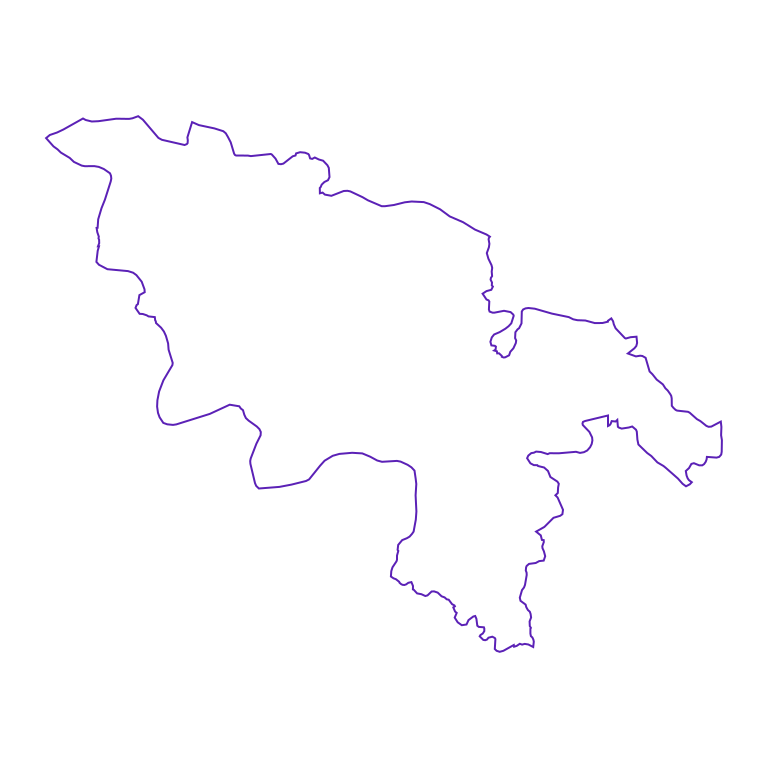 the district of Oubritenga, Oubritenga, Burkina Faso
{"feature_id": "67063806B42476727458569", "entity_name": "Oubritenga", "entity_type": "district", "adm_level": 2, "iso_a3": "BFA", "parent_name": "Burkina Faso", "parent_adm1": "Oubritenga", "projection": "albers", "projection_center": [-1.222, 12.597], "detail": "fine", "context": "isolated", "style": "outline", "palette": "violet", "viewbox_px": 768, "rotation_deg": 0, "n_neighbors": 0, "source": "geoboundaries", "source_scale": "gbopen_adm2", "svg_char_len": 6097}
<svg xmlns="http://www.w3.org/2000/svg" viewBox="0 0 768 768"><path d="M533.2,647.0L533.8,641.7L533.4,639.7L532.4,637.5L530.9,636.1L530.4,633.6L530.4,628.7L530.9,627.9L529.8,626.1L529.6,621.4L531.1,617.5L530.6,614.0L529.8,611.7L527.9,610.0L526.3,607.2L525.6,604.6L520.5,600.8L519.8,597.7L522.0,590.1L524.0,587.5L525.0,584.9L526.7,575.0L526.6,572.7L525.8,570.5L526.1,567.3L526.7,565.9L529.0,563.9L535.7,563.0L539.2,561.1L543.7,560.6L545.2,556.2L543.9,551.3L542.5,548.2L542.3,546.2L543.8,542.1L543.7,540.1L541.9,539.9L540.8,535.4L536.1,531.6L544.4,526.9L553.5,517.8L560.2,515.8L562.4,514.2L563.0,509.8L557.6,497.5L555.4,495.3L557.8,493.0L558.1,487.4L558.8,483.8L557.4,481.6L550.4,477.0L548.0,471.0L544.1,467.5L538.0,466.0L537.4,465.2L533.8,465.1L530.4,463.3L527.1,458.2L528.3,455.6L531.3,453.1L533.9,452.7L536.1,451.6L540.9,452.0L547.7,454.1L549.7,453.2L558.6,453.3L576.0,451.8L580.0,452.9L583.9,452.2L587.2,450.5L590.1,447.2L591.7,444.0L592.4,440.5L592.1,437.4L589.4,431.9L582.8,425.0L582.5,423.4L583.0,421.9L585.1,421.0L608.0,415.5L608.0,426.0L609.6,425.2L610.6,423.9L611.7,421.1L615.6,421.5L617.3,419.9L617.9,426.8L618.9,427.6L621.7,428.6L628.8,427.5L632.2,426.5L636.0,429.7L636.8,431.6L637.4,439.6L638.4,444.5L647.2,453.0L651.3,456.0L657.4,462.4L663.5,466.0L665.6,467.7L677.9,478.5L682.6,483.8L686.0,486.3L689.8,484.3L691.8,482.2L689.0,480.2L687.7,478.4L686.6,475.6L685.8,471.0L689.0,468.1L691.4,463.9L693.9,463.2L699.1,465.3L702.3,465.3L704.1,464.1L705.7,461.8L706.6,459.4L706.9,456.9L716.5,457.6L719.2,456.9L721.2,454.6L721.7,451.8L721.9,440.1L721.1,435.2L721.4,426.9L720.8,421.6L711.3,426.6L708.6,426.8L706.4,425.9L700.4,421.1L696.9,419.1L689.7,412.7L688.0,411.8L677.1,410.6L675.6,409.9L673.4,407.8L671.8,405.8L671.7,398.3L671.2,395.8L670.3,394.2L667.7,390.5L665.4,388.3L662.9,384.4L656.7,379.6L652.3,374.1L649.6,371.5L645.6,357.8L642.4,356.0L640.2,355.7L635.9,356.4L627.9,353.5L634.4,348.3L636.3,346.0L637.1,342.9L636.5,336.7L630.5,337.2L625.9,338.5L624.9,338.1L615.6,328.3L613.8,324.3L613.1,321.3L611.3,318.4L607.9,320.8L607.9,321.7L602.5,323.0L594.9,323.1L585.3,320.5L577.4,320.2L573.2,319.3L568.8,317.1L551.9,313.6L534.8,308.7L528.4,308.0L525.5,308.4L523.1,309.5L521.8,311.5L521.5,323.4L519.1,328.2L517.6,329.3L515.4,332.2L515.1,338.1L516.2,340.5L515.8,343.1L513.4,348.3L510.3,351.8L509.1,355.3L505.2,357.3L503.7,357.5L501.8,356.8L501.8,355.9L499.0,353.3L497.2,353.4L496.9,351.3L494.2,350.5L495.6,349.5L495.9,346.6L494.8,345.8L491.4,345.4L490.4,341.8L491.8,337.4L494.1,334.5L499.7,332.1L505.4,328.7L508.6,326.2L511.3,323.3L513.7,315.8L513.3,314.6L510.6,312.1L504.0,310.8L494.2,312.7L492.7,312.7L489.6,311.6L488.9,309.5L489.3,301.5L488.5,300.3L486.5,299.5L482.6,293.7L486.5,291.1L491.3,289.8L492.9,286.6L491.8,285.4L492.0,282.5L490.6,279.7L490.9,277.9L492.1,276.1L491.7,271.5L492.2,267.9L491.5,265.1L488.4,258.7L486.8,253.1L488.9,247.3L489.4,243.8L488.6,239.3L488.9,237.9L489.9,236.7L486.5,234.5L475.0,229.6L463.1,222.2L449.7,216.4L440.1,209.3L429.8,204.1L423.8,202.1L411.6,201.5L404.8,202.3L393.9,205.0L385.0,206.2L381.7,206.2L367.9,200.3L362.6,197.2L350.3,191.4L347.4,190.8L343.7,191.0L331.4,195.8L324.9,194.6L322.6,192.6L319.9,193.3L319.8,188.0L320.7,187.0L321.7,184.6L324.4,182.0L328.0,180.2L329.5,177.1L328.8,167.9L327.4,165.2L323.1,160.7L318.9,159.5L314.8,157.5L312.2,158.9L310.1,158.4L309.1,155.1L308.3,154.0L305.0,152.7L300.1,152.2L296.1,153.4L295.5,155.5L292.7,156.3L283.4,163.6L281.0,164.2L278.4,163.9L275.5,158.6L271.8,154.5L270.8,154.0L250.9,156.1L247.9,155.6L236.0,155.5L234.9,154.9L234.1,153.6L230.7,142.3L227.9,136.9L225.8,133.3L223.3,131.2L214.4,128.4L198.9,125.1L192.1,122.1L187.4,137.4L187.8,140.3L187.6,143.1L186.8,144.1L184.6,145.0L161.9,139.8L158.4,137.9L142.9,119.7L138.2,116.2L132.4,118.3L129.0,118.9L116.3,118.7L98.4,121.2L91.8,121.5L85.7,120.0L83.0,118.5L63.4,129.5L57.1,132.5L49.8,135.0L46.1,138.1L53.5,146.4L57.6,149.4L60.9,152.6L69.7,157.9L73.9,161.9L81.7,165.6L84.9,166.2L94.2,166.1L98.8,166.9L103.8,169.0L110.0,173.3L111.0,175.8L111.3,178.6L110.7,181.5L104.9,199.7L101.5,208.2L98.2,219.3L97.6,227.8L96.6,227.9L97.3,232.2L98.8,236.6L98.5,238.4L99.1,239.7L99.2,243.2L98.0,246.3L99.0,246.3L97.7,250.8L96.4,261.9L99.0,264.8L107.4,269.2L128.0,271.1L133.1,272.7L136.4,275.1L141.7,281.7L144.5,289.3L144.7,292.2L139.4,295.1L137.9,304.1L136.6,305.1L135.5,307.9L139.6,313.8L142.8,314.0L146.7,315.3L148.5,316.4L154.8,317.1L155.2,320.4L155.8,321.3L156.0,323.0L161.1,327.7L163.9,331.5L165.9,335.8L168.1,343.4L168.6,349.7L172.7,362.9L172.4,365.1L163.4,380.3L159.1,391.5L157.4,400.3L157.1,406.6L158.0,412.9L159.6,417.3L163.3,422.9L167.2,424.3L173.0,424.9L176.3,424.4L209.8,413.9L229.7,404.7L239.3,406.3L240.8,408.5L243.0,410.2L244.3,414.7L245.9,418.1L248.6,420.6L256.8,426.5L259.4,429.1L260.8,432.0L260.6,435.3L256.4,443.7L250.7,458.5L250.2,461.0L250.4,463.8L255.0,483.1L256.2,485.9L258.9,488.5L279.4,486.9L291.5,484.6L306.0,481.0L309.1,479.4L320.1,465.7L324.6,460.7L332.7,455.8L339.4,453.9L352.1,452.8L362.3,453.4L370.2,456.7L377.2,460.5L382.0,461.8L396.9,460.9L400.6,461.6L407.6,464.8L411.4,467.3L414.5,470.6L415.7,478.9L416.3,484.0L415.6,495.3L416.4,511.5L415.8,519.7L413.6,531.6L412.0,533.9L409.6,536.6L406.9,538.2L402.2,540.1L398.2,544.9L397.6,549.9L398.3,550.9L397.0,555.6L397.0,559.7L396.5,561.3L392.5,567.3L391.3,571.1L390.9,576.5L393.5,578.3L395.9,579.2L399.2,581.8L399.5,582.7L401.1,584.1L402.5,584.8L404.3,585.0L406.1,584.4L408.3,582.8L411.4,582.1L413.0,586.0L412.9,589.4L413.7,589.7L417.1,593.4L421.4,594.2L425.3,596.0L427.5,595.4L431.6,591.5L434.1,591.4L437.7,592.6L441.6,596.3L444.6,597.4L446.7,599.3L448.7,599.7L452.1,604.2L454.4,605.4L454.9,606.3L453.3,607.4L455.1,611.6L456.7,612.9L454.7,617.6L457.7,622.3L461.8,625.2L466.5,624.5L468.5,620.1L473.3,616.5L475.2,616.0L476.4,618.8L477.3,625.7L478.8,626.9L483.9,627.3L484.3,628.5L484.3,631.1L482.8,633.5L480.5,635.0L479.7,636.3L483.3,639.9L485.2,640.2L486.9,639.6L488.5,637.7L492.3,636.7L494.8,638.0L495.4,639.1L494.8,649.0L496.6,650.8L499.7,651.8L503.4,650.8L513.8,645.0L514.1,646.7L516.7,645.9L519.8,643.8L522.1,644.6L524.7,643.9L528.4,644.5L533.2,647.0Z" fill="none" stroke="#5b21b6" stroke-width="2"/></svg>